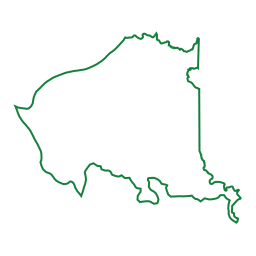 Sepone, Savannakhét, Laos
{"feature_id": "54806243B75063146976266", "entity_name": "Sepone", "entity_type": "district", "adm_level": 2, "iso_a3": "LAO", "parent_name": "Laos", "parent_adm1": "Savannakhét", "projection": "mercator", "projection_center": [106.495, 16.758], "detail": "fine", "context": "isolated", "style": "outline", "palette": "green", "viewbox_px": 256, "rotation_deg": 0, "n_neighbors": 0, "source": "geoboundaries", "source_scale": "gbopen_adm2", "svg_char_len": 5765}
<svg xmlns="http://www.w3.org/2000/svg" viewBox="0 0 256 256"><path d="M125.2,37.5L124.4,38.9L123.5,40.3L119.3,44.9L115.1,49.3L112.5,51.4L109.8,53.2L106.5,56.5L104.8,58.4L101.5,61.1L99.3,62.5L97.4,63.9L93.3,66.0L90.9,67.1L87.8,68.4L85.2,69.3L78.2,70.5L74.6,70.9L72.0,71.4L65.9,72.7L63.7,73.5L55.5,76.6L52.6,78.0L47.5,81.2L44.7,83.4L42.5,85.5L39.6,88.5L36.2,91.6L34.3,95.9L33.6,97.9L32.7,103.4L31.0,106.4L28.5,108.6L26.4,108.8L24.3,108.4L22.7,108.3L18.0,107.5L15.4,106.3L17.1,110.6L17.9,113.0L19.3,116.2L21.3,119.6L23.4,122.3L26.0,125.2L29.2,129.1L30.6,131.2L33.4,136.6L34.5,139.0L37.3,143.8L40.5,150.4L41.1,152.2L41.4,154.3L41.5,157.9L41.3,160.3L40.5,161.8L40.7,163.1L41.7,166.4L42.8,168.8L43.5,169.8L45.7,171.8L47.3,172.6L48.8,173.0L50.9,174.1L52.0,175.3L53.3,177.0L54.4,178.7L55.9,180.3L57.9,181.7L59.3,182.4L62.6,183.8L63.3,184.0L64.7,184.1L66.5,183.8L67.3,183.5L68.2,183.0L69.8,181.7L70.7,181.4L72.4,182.1L73.3,183.0L74.3,184.6L75.0,187.0L76.1,189.1L77.3,191.2L79.6,193.8L81.2,196.0L82.8,191.5L84.1,186.8L85.3,183.5L86.0,179.2L85.5,175.6L84.8,172.4L85.7,170.2L88.1,167.0L89.8,164.6L93.4,163.3L97.6,166.0L100.6,166.2L101.5,169.3L105.0,170.5L108.4,170.5L110.4,171.5L112.2,174.8L115.6,176.0L118.7,176.6L121.5,175.3L125.0,178.1L129.5,177.8L130.6,180.0L132.4,182.5L134.3,184.7L135.6,187.1L136.9,188.1L140.6,188.7L140.6,191.7L138.9,194.1L137.7,196.1L137.5,199.7L139.9,202.1L142.9,201.6L146.8,201.2L149.2,201.3L150.9,202.0L153.9,203.8L157.4,203.2L158.5,199.5L158.0,198.1L157.6,196.5L155.8,193.3L153.9,191.6L150.8,189.9L148.8,186.9L149.2,182.4L147.9,179.9L148.1,178.4L149.0,178.1L151.2,177.9L154.4,177.9L157.7,179.4L159.9,181.1L161.6,183.8L165.9,184.7L167.2,185.3L166.0,187.9L166.9,190.9L168.2,194.5L170.9,196.6L179.9,196.2L181.7,196.3L184.0,196.3L189.4,196.0L191.8,195.6L193.7,197.7L195.6,199.0L197.6,199.2L200.6,201.4L204.7,198.3L208.4,199.3L210.9,199.4L213.6,199.0L216.2,198.5L218.6,197.3L220.4,195.1L224.0,195.1L226.2,198.2L229.7,200.4L229.2,201.7L228.7,203.9L228.3,207.0L228.3,209.1L228.8,211.4L228.6,213.9L229.9,217.6L232.1,219.9L236.3,222.6L237.4,221.5L237.5,220.3L237.7,219.8L238.1,219.2L238.1,218.8L237.8,218.3L236.5,218.0L235.4,217.3L234.0,215.8L234.0,213.3L232.2,212.6L232.0,212.1L232.2,205.8L237.7,199.8L239.0,199.2L240.4,198.7L240.6,198.5L240.6,198.2L240.4,197.7L237.5,194.6L237.1,193.9L237.1,192.9L237.3,192.2L237.7,191.5L238.8,190.4L238.8,190.1L238.5,189.8L238.1,189.8L237.0,190.2L235.7,190.9L235.2,190.9L234.8,190.8L234.4,190.4L233.8,189.6L232.7,187.0L232.5,186.7L232.0,186.5L231.5,186.5L231.1,186.5L229.6,187.2L227.8,187.4L226.8,187.6L226.5,188.0L226.3,188.4L226.4,189.0L226.6,189.9L226.5,190.3L226.2,190.6L225.9,190.7L225.5,190.7L224.9,190.2L224.4,189.1L224.0,186.6L224.0,185.9L224.2,185.4L224.7,184.5L224.7,184.1L224.6,183.9L224.0,183.4L223.5,183.1L220.5,182.2L218.1,181.8L215.7,182.0L214.9,182.2L214.2,182.4L213.7,182.8L212.9,183.5L212.1,183.9L211.3,184.0L210.9,183.9L210.6,183.7L210.1,183.1L209.8,182.4L209.6,181.5L209.7,180.8L210.0,180.2L210.5,179.6L211.3,179.0L212.2,178.7L212.4,178.4L212.5,178.0L212.5,177.8L212.7,177.2L212.5,176.8L212.5,176.2L212.2,175.6L211.4,174.8L209.6,173.8L209.3,173.5L208.8,173.5L208.3,173.3L208.0,173.0L208.0,172.6L207.9,172.4L207.6,172.0L207.2,171.8L206.9,171.4L206.7,171.4L206.6,171.0L205.5,170.1L204.7,170.1L204.2,169.9L204.0,169.7L204.0,169.3L203.7,168.9L203.5,168.0L203.7,167.6L204.4,166.9L204.6,166.8L204.6,166.7L204.5,166.3L204.8,165.7L204.6,164.8L204.5,163.8L204.4,163.7L204.5,163.2L204.5,162.6L204.0,162.2L204.0,161.0L203.7,160.8L203.2,160.6L202.9,160.2L202.7,160.1L202.6,159.6L202.1,159.1L201.9,158.5L201.5,158.1L201.5,157.5L201.6,157.1L201.2,156.4L201.1,155.5L201.3,154.8L200.6,153.9L200.3,152.8L199.5,150.9L199.2,88.9L198.5,88.8L198.2,88.7L197.5,88.0L196.5,87.9L195.8,87.5L195.6,87.3L195.0,87.0L194.5,86.4L192.4,83.5L191.2,82.5L188.1,81.1L187.4,78.5L187.6,77.8L188.0,77.4L188.1,76.7L188.3,76.7L188.7,76.8L188.7,76.7L188.1,75.6L187.3,75.0L187.6,74.6L187.2,73.8L187.4,72.8L187.4,72.3L187.9,71.8L188.1,71.5L188.5,70.2L188.3,69.6L188.9,69.5L189.4,69.8L190.0,70.0L190.4,69.7L190.5,69.4L189.7,68.7L190.0,68.3L190.3,68.3L190.4,68.8L190.5,68.4L190.8,68.2L191.4,68.6L191.9,68.1L192.4,68.1L192.6,68.2L192.8,68.2L193.0,68.5L194.1,68.8L194.5,68.7L195.3,68.3L195.6,68.1L196.5,67.9L197.6,67.9L198.0,68.2L198.8,40.2L198.9,39.6L198.9,39.0L198.4,38.3L198.1,38.1L197.9,38.1L197.5,38.3L197.4,38.6L197.3,39.4L197.0,40.7L196.6,42.0L196.8,42.5L196.6,43.3L196.4,43.5L195.8,43.6L195.5,43.8L194.6,44.0L194.2,44.4L194.1,45.0L193.6,45.6L193.4,46.8L193.1,47.4L193.0,48.1L192.5,49.0L192.4,49.4L191.7,49.3L190.4,50.3L189.7,50.5L189.3,50.7L187.9,51.3L187.4,51.7L186.8,51.9L185.4,51.5L185.1,51.2L184.7,51.3L183.6,51.1L182.9,49.8L181.7,49.2L181.1,48.8L180.9,48.8L180.8,49.0L180.0,49.4L179.9,49.6L178.9,48.6L178.6,48.4L177.6,48.0L177.5,47.8L176.8,47.9L176.3,47.8L175.5,48.0L175.2,47.9L174.8,48.2L174.2,48.3L173.9,47.9L173.8,47.5L173.5,47.6L173.4,47.5L172.4,47.8L172.1,47.7L171.7,47.4L171.7,47.1L171.5,46.6L171.0,46.7L170.5,46.6L170.5,46.2L170.1,45.9L169.8,45.5L169.1,45.4L169.3,45.1L168.9,44.5L168.8,44.1L169.0,43.9L169.0,42.8L169.0,42.1L168.2,41.4L167.0,41.4L166.9,41.7L166.6,42.1L165.8,42.4L164.7,42.4L163.8,42.9L162.8,43.2L162.4,43.2L161.4,43.5L161.0,43.4L160.5,43.0L160.2,42.4L160.1,42.0L159.7,41.7L159.4,41.1L159.0,40.4L157.7,40.1L157.3,39.7L156.9,39.5L157.0,38.6L157.2,38.2L156.7,37.2L157.0,35.9L157.0,34.9L156.7,34.0L156.4,33.7L156.3,33.4L155.2,34.8L154.3,36.2L153.5,37.1L152.9,37.4L152.5,37.3L150.9,36.3L150.0,35.6L148.1,35.4L147.4,35.2L146.6,34.8L145.6,34.1L144.2,33.6L143.5,33.8L142.8,34.4L142.5,35.1L142.9,36.2L143.0,37.0L142.4,38.0L141.6,38.6L140.9,38.9L138.6,38.2L137.8,37.7L135.2,35.5L134.1,35.4L133.5,35.9L132.7,36.9L131.9,37.4L128.8,37.6L127.3,37.9L126.0,37.8L125.2,37.5Z" fill="none" stroke="#15803d" stroke-width="2"/></svg>